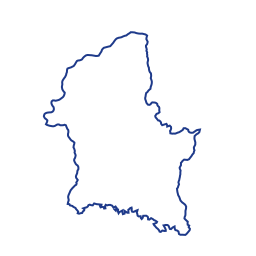 outline of Irituia, Pará, Brazil, rotated 194°
{"feature_id": "56859067B38485499919925", "entity_name": "Irituia", "entity_type": "district", "adm_level": 2, "iso_a3": "BRA", "parent_name": "Brazil", "parent_adm1": "Pará", "projection": "orthographic", "projection_center": [-47.41, -1.836], "detail": "fine", "context": "isolated", "style": "outline", "palette": "blue", "viewbox_px": 256, "rotation_deg": 194, "n_neighbors": 0, "source": "geoboundaries", "source_scale": "gbopen_adm2", "svg_char_len": 5472}
<svg xmlns="http://www.w3.org/2000/svg" viewBox="0 0 256 256"><g transform="rotate(194 128 128)"><path d="M168.1,39.7L166.4,39.9L165.6,38.9L164.3,38.9L163.0,38.9L162.1,38.3L160.8,38.0L159.6,37.7L158.7,36.7L157.3,35.8L156.1,34.8L156.2,33.1L154.8,33.0L153.5,33.8L151.9,34.5L151.6,36.1L150.6,37.4L150.7,38.7L152.0,39.2L150.2,40.4L148.9,41.0L148.0,42.2L147.7,43.6L146.5,44.4L145.2,44.2L143.5,44.4L142.6,46.6L140.1,46.5L138.2,46.8L136.8,47.0L135.2,47.2L135.3,46.1L136.2,45.4L135.4,44.4L133.8,45.3L132.5,45.3L131.7,44.1L130.5,44.6L131.4,46.5L131.0,48.1L129.7,47.8L128.3,48.6L126.7,49.1L124.5,48.8L122.8,47.2L122.0,48.0L121.1,48.8L120.0,47.8L119.6,46.5L117.9,46.5L117.5,44.4L116.5,43.0L116.0,44.4L115.1,45.1L113.7,46.4L113.2,45.2L112.1,43.2L110.6,44.1L110.7,45.4L111.4,46.8L109.7,46.2L108.2,45.6L107.0,45.9L107.5,47.3L107.9,48.8L107.0,49.8L106.5,50.8L105.3,51.6L104.8,50.5L104.6,49.0L103.7,47.8L102.2,48.0L101.3,48.8L100.2,49.7L98.9,50.6L98.9,49.4L99.1,48.2L98.2,46.9L97.5,45.3L96.4,44.8L94.4,45.4L93.7,43.7L92.7,43.0L92.0,44.4L92.0,46.5L90.5,46.9L89.0,47.3L87.4,46.7L86.7,45.4L86.4,44.2L85.1,44.3L83.8,46.1L81.8,45.6L80.4,44.9L78.9,44.7L77.1,44.0L77.4,42.9L78.6,42.0L80.0,41.0L79.0,39.9L77.9,39.3L76.9,38.5L75.9,37.9L74.6,37.3L73.1,36.2L72.3,35.1L71.1,35.1L69.9,36.8L67.7,36.9L66.5,37.3L66.8,38.5L68.1,40.2L69.9,42.1L67.8,43.1L66.1,43.4L65.0,42.9L63.0,40.2L61.8,40.3L60.6,42.3L59.0,43.7L58.4,41.8L57.3,40.4L55.5,40.4L54.0,39.8L52.9,37.5L51.4,37.1L49.9,37.5L48.3,37.8L46.4,38.2L45.4,39.7L43.5,43.6L43.5,45.1L45.2,46.5L45.0,48.1L46.7,48.6L47.2,50.1L47.4,51.6L48.7,52.2L51.3,53.8L51.5,55.2L51.2,57.0L51.4,58.3L52.2,61.5L52.2,63.9L52.6,65.9L54.0,67.4L56.1,68.4L57.4,68.9L59.5,70.3L61.6,73.5L63.0,74.9L64.6,77.9L65.8,81.0L65.2,82.3L65.2,83.7L64.9,85.7L65.9,87.4L65.9,88.6L65.7,89.8L65.8,91.2L65.8,92.6L66.0,94.5L66.0,95.7L66.5,97.7L66.7,99.5L67.9,101.0L68.3,102.1L67.6,104.7L67.9,105.8L68.2,107.0L67.6,108.0L67.2,109.1L65.9,110.9L62.6,111.4L61.2,112.5L60.5,114.2L59.7,115.9L59.1,117.8L58.2,119.5L58.3,121.2L58.1,122.5L58.9,123.6L59.4,125.2L58.7,128.1L59.2,130.4L60.7,133.1L61.1,134.2L61.4,136.3L60.1,138.4L58.7,139.7L57.8,141.2L57.8,143.9L59.7,143.1L61.0,142.4L61.7,141.5L62.6,140.6L63.6,139.3L64.9,138.8L66.4,138.6L67.6,138.8L68.6,139.6L69.2,140.9L70.5,141.2L72.3,141.7L74.0,141.2L74.4,139.4L75.2,138.5L76.3,137.3L77.6,136.1L78.7,135.5L80.0,134.5L81.0,133.9L82.2,133.7L83.7,133.2L85.6,133.1L86.0,134.3L86.5,135.3L86.1,136.4L86.0,137.8L86.5,139.4L88.1,140.4L89.1,139.7L90.3,138.9L90.7,140.2L91.7,141.3L93.4,140.3L95.5,139.0L96.9,140.1L97.3,141.3L98.1,142.1L99.4,142.8L100.5,142.6L101.7,143.5L102.7,144.3L103.7,144.9L104.5,146.2L103.7,148.6L102.2,149.6L101.2,151.0L101.9,152.5L102.4,155.0L103.1,156.0L104.2,156.5L105.1,157.4L105.5,158.5L106.9,159.1L108.0,159.2L110.7,158.7L111.4,157.7L111.9,156.4L112.9,155.6L114.4,155.5L115.3,156.2L116.2,156.9L117.3,158.8L118.1,159.9L118.6,161.2L118.6,162.9L118.8,164.7L118.8,166.4L117.9,167.5L117.3,169.1L116.5,170.4L115.7,171.4L115.9,173.4L115.7,175.4L115.7,176.7L116.0,178.5L116.5,179.6L117.2,180.7L118.0,181.9L118.0,183.2L118.3,184.8L119.0,186.6L120.2,187.4L121.2,188.7L121.9,190.2L122.3,191.5L123.4,192.9L124.6,195.3L124.9,196.5L124.9,198.4L125.2,199.7L126.0,201.1L126.8,202.1L126.9,203.4L127.6,204.8L127.7,206.1L128.8,207.3L128.8,208.7L129.5,210.1L130.2,211.1L130.5,212.4L129.8,213.8L129.7,215.2L129.8,216.5L130.6,217.4L131.7,218.7L131.9,220.4L131.8,222.3L133.6,223.0L137.1,223.0L138.9,222.5L140.7,222.2L142.9,222.1L144.7,222.3L146.7,222.0L148.5,221.6L149.5,220.3L150.8,219.0L152.0,217.4L153.4,216.7L155.0,215.6L156.3,214.5L157.7,213.8L158.9,213.3L160.5,212.2L161.4,211.0L162.4,208.7L162.9,207.2L165.0,203.1L166.8,202.2L170.8,200.0L171.7,198.7L172.2,197.4L172.3,195.8L172.9,194.2L173.9,191.1L175.2,190.5L176.6,190.1L180.8,189.8L182.4,189.5L184.8,189.1L186.2,188.4L187.2,187.3L188.0,186.2L188.7,184.9L189.2,183.5L190.2,182.6L191.4,181.9L192.8,181.4L193.8,180.6L194.2,179.4L194.6,178.0L194.9,176.9L195.7,175.0L197.1,173.8L198.0,173.0L200.2,171.7L201.1,171.0L201.2,169.7L200.8,167.3L201.0,165.9L200.9,164.6L201.4,162.2L202.0,160.9L202.5,159.5L202.9,158.3L203.0,157.2L202.8,155.9L202.3,154.7L202.1,151.8L201.0,149.5L199.2,147.8L198.0,147.1L197.8,145.9L197.9,144.6L198.2,143.1L198.7,142.1L200.5,139.9L201.4,138.9L202.6,138.1L203.9,137.4L205.0,136.9L206.4,136.9L207.6,136.6L208.5,135.4L208.5,134.2L208.1,133.1L207.4,132.1L206.3,131.0L205.3,130.3L204.7,129.1L204.4,127.9L204.6,126.6L205.2,125.5L206.4,124.6L208.4,124.0L210.2,123.3L211.4,122.5L212.3,121.5L212.5,120.3L212.5,119.1L211.6,117.9L210.7,117.2L209.4,116.7L208.1,115.9L208.0,114.7L208.2,113.2L208.5,111.8L207.4,111.4L204.8,111.2L201.9,111.4L200.6,111.7L199.5,112.3L198.5,113.3L197.4,114.3L195.9,114.7L194.3,114.3L191.6,115.0L190.3,115.8L188.9,115.6L188.2,114.5L186.6,112.4L185.6,111.7L185.1,110.6L184.8,109.3L184.8,107.9L184.5,106.5L183.9,105.4L180.8,102.8L179.8,102.2L178.1,101.7L176.5,100.9L176.3,99.8L176.4,97.9L176.2,96.0L175.3,95.0L174.6,93.9L174.0,92.8L173.9,91.2L173.0,90.1L172.2,88.9L172.1,87.4L172.2,86.0L172.6,84.7L172.4,83.5L171.7,82.4L170.0,80.5L169.1,79.9L167.8,79.4L166.9,78.4L166.4,77.1L166.2,75.7L166.7,74.6L166.6,73.2L166.4,71.9L166.6,70.6L166.8,69.5L166.8,68.3L166.3,67.2L164.2,65.4L164.5,64.1L165.0,62.6L164.4,61.6L164.5,60.4L165.4,59.6L166.1,58.4L167.5,56.0L168.0,54.9L168.6,53.6L169.1,50.5L169.4,48.8L169.5,47.2L169.2,46.0L168.1,43.8L168.1,42.7L168.2,41.4L168.1,39.7ZM119.6,46.5L121.1,45.6L119.8,44.8L119.6,46.5Z" fill="none" stroke="#1e3a8a" stroke-width="2"/></g></svg>